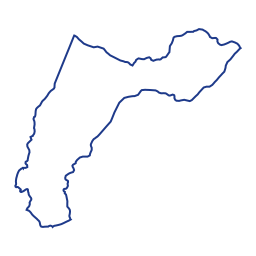 Gadette, Dennery, Saint Lucia (Albers equal-area conic projection)
{"feature_id": "8701671B91623550198243", "entity_name": "Gadette", "entity_type": "district", "adm_level": 2, "iso_a3": "LCA", "parent_name": "Saint Lucia", "parent_adm1": "Dennery", "projection": "albers", "projection_center": [-60.911, 13.957], "detail": "fine", "context": "isolated", "style": "outline", "palette": "blue", "viewbox_px": 256, "rotation_deg": 0, "n_neighbors": 0, "source": "geoboundaries", "source_scale": "gbopen_adm2", "svg_char_len": 5538}
<svg xmlns="http://www.w3.org/2000/svg" viewBox="0 0 256 256"><path d="M21.3,168.7L20.2,169.6L19.1,170.5L18.1,172.4L17.3,174.5L16.7,176.8L16.3,178.2L16.0,180.2L15.9,181.6L16.1,183.5L16.0,184.8L15.4,185.5L15.4,186.2L15.6,186.8L16.2,187.2L17.2,187.0L17.6,187.0L18.0,187.1L20.7,189.4L20.8,189.8L20.8,190.1L20.1,190.9L20.1,191.1L20.3,191.5L20.7,191.9L21.5,192.0L22.7,191.5L23.5,191.1L23.7,190.9L24.2,190.7L24.7,190.3L25.1,190.0L25.7,189.6L26.1,189.4L26.3,189.3L26.9,189.1L27.4,189.1L27.8,189.4L27.9,189.6L27.9,190.1L28.2,192.0L28.3,192.4L28.5,192.7L28.6,193.5L28.7,194.3L28.9,194.9L29.8,196.3L30.5,197.3L30.8,197.6L31.0,197.9L31.2,198.4L31.3,198.7L31.3,199.4L31.2,199.7L31.2,199.8L30.7,200.5L30.3,201.1L30.2,201.4L29.8,202.2L29.6,202.5L29.6,202.8L29.6,203.1L29.8,203.7L29.8,204.2L29.7,204.5L29.3,205.9L29.1,206.2L28.6,206.9L28.5,207.0L28.2,207.3L27.6,207.8L27.1,208.8L26.8,209.2L26.6,209.9L27.0,210.0L27.6,210.2L27.9,210.4L28.2,210.4L28.5,210.5L28.9,210.8L29.1,210.9L29.7,211.4L30.9,212.7L31.2,213.2L31.5,213.6L31.9,214.2L32.3,214.7L33.4,215.8L33.9,216.3L34.4,216.7L35.4,217.6L36.9,218.9L37.5,219.6L38.5,220.5L38.9,221.0L39.2,221.2L39.5,221.8L39.8,222.7L40.0,223.9L40.3,225.2L40.5,225.7L40.7,226.0L41.0,226.3L41.2,226.6L41.7,226.7L42.4,226.9L43.2,226.9L44.1,226.8L44.6,226.7L47.1,226.6L48.2,226.6L48.4,226.4L49.1,226.0L49.4,225.9L50.1,225.7L50.6,225.7L50.9,225.8L51.5,226.0L51.8,226.2L52.6,226.7L52.7,226.9L52.9,226.7L53.3,226.3L53.9,226.0L54.4,225.8L54.9,225.7L55.6,225.6L57.4,225.2L59.4,224.7L61.4,224.1L62.5,223.6L64.0,222.9L65.8,222.0L67.7,221.1L68.5,220.8L70.7,219.5L70.5,219.3L70.3,219.1L70.1,218.2L69.5,216.7L69.4,216.3L69.4,215.8L69.4,215.3L69.6,214.7L69.8,213.6L69.9,212.7L70.0,211.9L70.0,211.1L69.8,210.0L69.7,209.7L68.9,208.4L67.9,207.3L67.6,207.0L67.3,206.5L67.3,206.1L67.3,204.5L67.3,203.5L67.3,202.8L67.4,201.9L67.3,200.7L67.1,199.7L66.9,198.8L66.7,197.7L66.3,195.8L66.0,194.6L65.9,194.4L65.1,193.7L64.8,193.4L64.7,193.2L64.9,192.4L64.9,191.9L64.4,191.6L64.0,191.3L63.8,191.1L63.6,190.7L63.5,190.1L63.6,189.8L63.7,189.4L64.0,189.1L64.3,188.9L65.4,188.8L65.7,188.8L66.0,188.7L66.5,188.3L66.8,188.0L67.7,186.4L67.9,185.8L67.6,184.0L67.6,183.5L68.0,182.4L68.0,181.1L67.7,180.7L67.4,180.5L66.4,180.1L65.4,179.1L65.2,177.9L65.8,175.7L66.7,175.1L67.5,174.5L68.1,174.1L69.4,173.3L71.2,172.6L73.0,172.1L73.5,171.3L74.1,170.1L73.6,168.5L73.3,167.9L72.8,167.1L72.4,165.8L72.9,164.9L73.4,164.5L74.3,164.0L75.4,163.4L75.7,163.2L75.8,161.8L75.9,161.6L77.2,159.9L79.9,157.5L82.8,156.6L83.5,156.6L87.6,156.6L88.9,155.9L89.8,155.4L90.0,154.0L90.6,152.3L91.1,151.3L91.7,149.9L91.7,147.7L91.1,146.4L90.8,145.1L90.9,144.2L91.7,142.4L92.3,141.1L92.8,140.4L93.5,139.4L93.9,139.0L94.9,138.4L96.8,136.9L97.3,136.7L99.4,134.5L106.0,126.9L107.5,125.2L110.7,121.6L112.1,118.3L113.9,113.8L114.4,112.5L119.3,102.7L124.3,97.9L128.5,96.8L132.3,96.2L134.6,96.1L138.1,94.8L140.9,90.9L141.8,90.1L145.0,89.8L150.0,90.0L155.6,90.4L157.6,91.4L159.0,92.6L161.1,93.3L163.6,93.2L165.4,93.3L166.2,93.6L168.7,95.4L169.8,95.6L172.7,94.6L174.2,95.2L174.4,96.0L174.4,95.8L174.5,96.9L174.4,98.0L175.1,99.7L176.4,100.7L179.1,100.9L181.0,100.4L182.1,100.2L184.2,99.8L189.7,101.1L190.0,101.0L191.8,100.1L195.6,96.3L197.7,94.4L199.2,92.4L200.2,91.3L202.5,88.8L203.7,87.5L206.4,86.7L209.5,86.7L212.3,84.9L213.8,83.2L214.7,82.1L216.8,80.0L218.5,77.9L218.9,77.4L221.5,74.6L222.2,73.8L224.3,71.7L224.8,70.2L225.2,68.9L225.5,67.9L225.8,65.6L227.5,61.9L228.3,61.3L229.7,60.0L230.5,59.3L230.7,59.0L233.3,55.7L234.4,54.2L234.9,53.6L235.9,52.7L237.0,51.7L239.4,49.1L240.3,48.3L240.6,48.1L239.6,46.8L239.2,45.7L237.4,43.7L234.8,42.4L231.9,41.4L230.1,41.8L228.4,42.7L226.4,43.6L224.1,44.5L221.5,45.1L220.1,44.7L218.2,43.2L217.4,41.5L217.5,39.5L216.7,38.7L216.2,38.1L215.3,37.9L212.2,38.2L209.9,36.9L209.6,35.9L208.1,33.5L206.7,32.2L205.4,31.2L203.5,30.2L202.6,29.6L199.0,29.1L196.6,30.4L195.5,30.7L194.1,31.0L193.2,31.8L187.1,31.9L185.3,33.4L182.6,35.2L181.5,35.7L179.7,36.0L178.1,36.1L177.3,36.1L174.6,36.8L173.7,37.5L173.5,37.9L172.9,40.4L172.4,41.7L171.7,43.4L171.0,44.4L169.9,46.1L169.4,52.2L168.8,52.9L167.7,54.5L166.6,56.1L165.7,57.1L163.7,57.4L162.7,57.4L161.5,58.5L160.7,59.3L159.6,59.6L158.8,59.4L157.9,59.5L157.3,59.5L156.6,59.6L154.9,60.2L153.3,60.8L152.3,60.3L151.4,60.0L151.2,59.8L150.6,58.3L149.2,57.3L146.8,57.9L144.1,59.2L142.0,59.1L138.6,58.4L137.8,58.8L136.8,59.5L136.1,60.0L135.5,61.6L133.9,63.2L133.3,64.3L133.1,64.6L132.5,65.5L131.0,64.8L130.4,64.6L129.1,63.2L128.7,62.8L127.7,62.2L126.8,62.1L126.3,62.0L125.2,62.0L123.5,61.3L120.4,60.5L113.9,57.2L110.1,55.3L108.3,53.7L106.5,52.3L104.6,49.8L103.6,48.6L97.6,46.6L93.7,47.3L89.2,45.8L87.7,45.3L83.8,43.6L81.4,41.4L78.9,39.3L76.9,37.0L74.6,35.6L74.2,35.5L73.5,37.2L68.9,48.6L66.6,54.2L64.3,59.9L54.9,83.1L54.7,83.7L54.5,86.5L54.5,87.4L53.9,88.6L52.6,89.6L50.9,90.8L49.6,92.2L48.7,93.3L47.3,95.7L45.6,97.9L44.5,99.2L43.0,100.5L42.1,101.5L40.0,105.4L38.3,106.7L36.8,108.1L36.1,109.1L35.7,110.9L35.6,112.1L35.5,113.7L35.5,114.1L35.4,115.1L35.0,116.6L34.0,117.1L33.8,118.0L33.5,118.9L33.7,119.7L34.3,121.1L34.5,122.2L34.6,124.4L34.1,127.5L34.0,128.1L34.5,129.3L34.5,130.1L34.7,131.1L34.5,132.2L34.2,133.6L33.9,134.1L32.8,135.6L32.8,135.9L32.0,136.2L30.5,137.0L30.8,137.9L31.5,139.7L28.9,142.2L27.8,143.3L27.2,144.5L27.4,146.6L29.3,150.1L29.5,152.4L29.2,153.2L28.5,155.6L28.3,156.5L27.7,159.6L27.7,160.3L27.5,160.6L27.2,161.0L25.7,161.8L25.5,163.0L25.5,163.3L26.0,164.1L27.1,165.0L27.2,165.5L27.3,167.1L26.5,167.5L25.5,167.9L23.0,167.9L23.0,168.1L22.9,168.0L21.3,168.7Z" fill="none" stroke="#1e3a8a" stroke-width="2"/></svg>